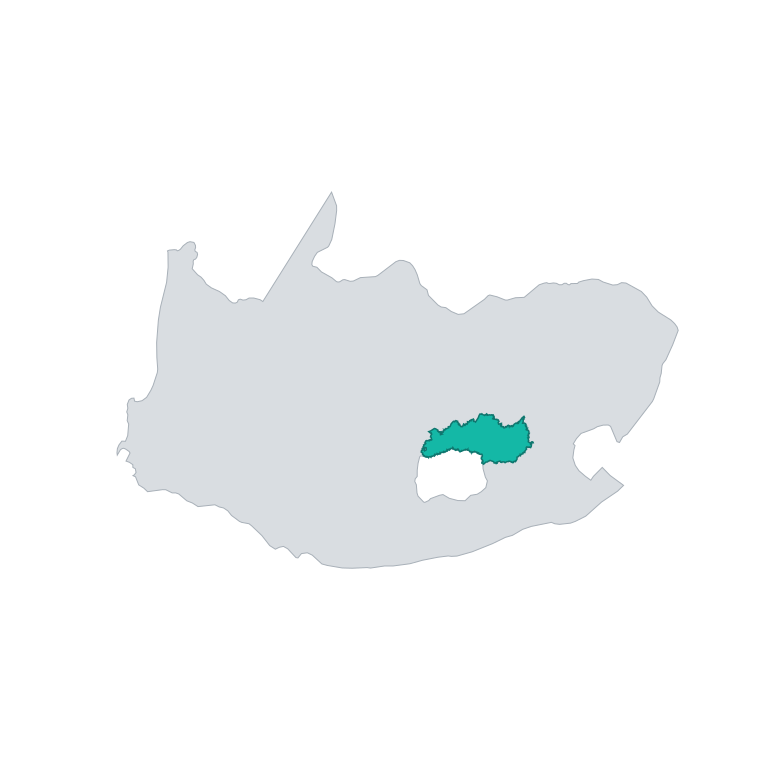 Thabo Mofutsanyane, Free State, South Africa (highlighted), rotated 36°
{"feature_id": "47623444B5552574832417", "entity_name": "Thabo Mofutsanyane", "entity_type": "district", "adm_level": 2, "iso_a3": "ZAF", "parent_name": "South Africa", "parent_adm1": "Free State", "projection": "orthographic", "projection_center": [28.545, -28.29], "detail": "fine", "context": "in_parent", "style": "filled", "palette": "teal", "viewbox_px": 768, "rotation_deg": 36, "n_neighbors": 0, "source": "geoboundaries", "source_scale": "gbopen_adm2", "svg_char_len": 9797}
<svg xmlns="http://www.w3.org/2000/svg" viewBox="0 0 768 768"><g transform="rotate(36 384 384)"><path d="M520.4,160.1L537.8,157.9L545.5,159.3L554.9,163.2L563.6,164.6L578.5,163.6L583.6,164.3L587.6,165.6L590.5,167.7L594.5,182.6L597.8,198.6L597.6,203.7L598.1,205.7L602.1,212.6L603.6,216.8L605.9,220.3L610.9,237.4L611.4,240.4L610.3,281.5L608.2,286.4L608.9,292.9L606.4,293.7L592.2,285.1L589.7,285.3L585.6,288.3L581.7,293.1L579.9,297.1L572.5,308.1L571.8,315.1L572.3,321.2L574.7,321.5L576.4,325.8L580.2,332.8L586.6,337.4L592.7,339.6L601.2,340.3L607.9,340.3L607.7,335.7L609.6,323.2L620.7,325.1L637.4,325.2L636.0,333.3L629.4,351.6L624.9,372.3L619.6,382.6L616.7,386.9L608.6,394.3L604.3,396.7L600.8,397.5L586.8,412.7L581.6,420.1L576.9,430.9L572.3,436.8L565.6,449.4L553.9,468.0L544.2,480.3L539.9,483.8L537.0,485.4L529.4,492.5L518.7,504.0L510.6,514.2L498.5,525.7L491.5,530.8L481.2,540.9L478.3,542.4L466.6,551.7L458.3,557.4L444.8,564.1L439.5,566.1L426.6,564.6L421.2,565.6L416.9,569.7L416.6,575.3L414.8,576.2L402.9,573.9L398.1,574.5L395.3,577.6L393.2,581.5L386.5,581.9L374.3,578.4L360.1,576.5L356.9,576.4L350.2,579.6L347.8,580.1L337.9,580.0L332.2,578.4L327.0,578.6L323.0,580.3L318.2,581.1L305.6,592.5L298.9,592.9L293.1,594.4L282.6,593.6L279.6,594.5L276.6,596.6L269.6,597.8L267.0,599.6L256.0,610.1L251.0,609.4L244.9,609.8L237.5,605.1L234.8,605.7L235.4,604.1L235.4,601.3L232.6,598.7L229.9,599.1L228.2,596.9L224.0,597.0L220.6,598.0L219.1,589.1L217.4,588.4L213.2,588.5L211.2,589.0L210.3,589.9L209.4,592.0L210.0,598.3L208.4,596.6L206.3,593.0L205.4,589.1L205.5,584.3L208.5,582.3L207.0,576.4L201.0,566.5L197.8,564.6L194.9,559.5L192.3,557.8L191.0,554.2L188.3,551.4L187.1,546.8L188.1,544.0L190.0,542.4L192.3,544.5L194.8,543.4L198.1,539.7L199.8,534.3L199.1,526.1L198.1,521.0L193.9,508.0L192.2,505.0L184.7,496.1L175.7,484.1L163.9,464.9L158.0,453.3L148.4,429.6L140.7,416.4L131.7,404.3L130.6,403.6L131.6,401.9L135.5,398.5L137.3,397.5L138.4,397.8L139.3,396.8L140.1,394.7L140.3,390.1L141.8,385.1L143.4,382.9L147.0,381.2L150.0,382.7L151.4,384.4L152.1,386.7L153.4,387.7L155.4,387.4L157.0,388.7L158.1,391.5L158.1,393.7L157.1,395.1L157.4,396.8L159.1,398.9L161.1,403.5L168.9,405.2L173.3,405.1L177.4,406.0L181.5,407.7L187.8,407.7L196.5,405.9L203.8,405.8L209.6,407.4L213.8,407.4L216.2,405.9L217.2,404.0L216.7,401.5L217.8,399.9L220.6,399.0L222.8,397.0L224.3,393.8L228.1,391.0L234.3,388.6L237.5,388.5L228.8,259.6L240.9,267.7L243.8,271.6L250.2,283.3L256.8,297.8L258.2,304.9L258.0,306.5L252.7,316.7L252.8,321.5L253.9,327.1L255.4,329.8L257.1,330.6L261.1,329.0L267.5,330.1L279.4,328.7L285.4,329.1L286.9,328.5L288.1,327.3L289.5,323.8L290.9,322.6L296.3,320.8L298.7,318.7L302.4,311.8L313.9,302.2L315.1,300.0L321.7,278.1L323.8,274.9L327.1,272.7L333.6,270.8L337.6,271.5L341.8,273.2L346.7,276.1L354.0,281.7L356.4,282.5L363.4,282.5L367.9,286.2L381.2,288.4L385.0,288.1L389.1,285.9L395.8,285.8L403.1,284.1L407.4,280.2L415.5,256.5L416.3,251.3L417.3,249.8L424.2,247.0L432.7,244.8L434.4,243.7L439.6,237.0L446.5,231.5L451.2,212.6L454.3,208.2L456.2,206.3L457.5,206.2L459.3,205.0L461.6,202.7L464.3,201.2L467.5,200.7L469.6,199.1L470.6,196.6L472.2,195.4L474.6,195.4L475.9,194.6L476.2,192.9L481.5,188.9L481.6,187.2L484.6,183.2L490.5,176.9L496.0,173.4L501.3,172.7L510.9,169.5L514.4,166.5L516.6,162.4L520.4,160.1ZM504.0,438.1L512.2,434.9L518.2,430.8L519.6,423.1L524.2,418.4L526.0,414.0L527.3,408.0L524.6,401.6L520.8,399.8L513.9,394.3L510.9,390.5L506.8,387.4L503.8,383.7L499.1,384.9L491.7,387.9L487.1,390.7L483.3,394.0L476.4,396.4L470.1,406.8L468.0,409.2L463.1,416.9L455.8,420.7L455.7,422.0L458.2,428.2L461.6,434.3L465.2,439.3L465.0,442.4L466.2,444.8L469.4,446.5L474.7,452.7L477.4,454.7L485.4,456.2L486.6,455.8L488.7,452.0L489.0,449.4L494.4,441.3L496.7,438.8L504.0,438.1Z" fill="#d9dde1" stroke="#a8b0b8" stroke-width="1"/><path d="M539.2,343.8L538.8,343.5L538.1,343.5L537.4,344.1L537.3,344.9L537.6,345.2L537.4,345.6L534.8,346.0L534.4,345.6L534.3,344.7L533.6,344.4L533.0,343.4L532.6,343.3L532.7,343.1L532.8,342.7L532.8,342.2L532.5,342.2L532.3,341.8L532.0,342.0L532.1,341.6L531.5,341.5L531.3,340.8L530.6,340.8L530.8,340.3L530.7,339.7L530.6,339.9L530.2,339.6L530.0,338.3L528.9,337.1L528.2,337.0L528.1,336.7L527.8,336.7L527.7,336.7L527.8,336.9L527.7,336.9L526.3,336.9L526.2,337.4L525.9,337.4L525.7,337.0L526.1,336.4L525.9,336.2L526.0,335.4L525.2,335.7L524.5,334.8L524.4,335.1L524.1,334.9L524.1,335.0L524.0,334.8L523.7,334.5L523.6,335.0L523.3,334.9L522.9,334.6L522.6,333.2L521.6,332.9L521.1,333.3L520.6,333.1L519.2,334.2L518.8,332.7L518.3,332.2L517.8,331.1L517.3,331.0L517.9,330.3L517.3,329.3L517.4,328.5L516.9,328.2L516.6,329.1L516.1,328.4L515.5,330.9L515.7,331.9L515.5,333.2L515.7,334.4L514.9,335.3L515.0,335.7L515.4,335.7L515.0,336.4L515.8,336.8L515.6,337.3L514.5,337.1L514.5,337.9L513.6,338.2L512.9,340.2L513.3,342.2L513.1,342.8L512.1,342.4L511.8,343.7L511.4,343.4L511.3,343.8L510.2,344.0L510.4,344.9L509.8,344.4L508.8,344.3L508.4,345.1L508.5,346.8L507.6,346.8L507.3,347.2L507.6,347.9L507.3,349.0L507.5,349.1L505.4,348.8L505.4,348.5L503.8,349.6L503.1,349.2L503.7,348.8L503.0,347.8L502.8,348.2L502.3,347.9L502.0,347.0L501.5,347.6L501.5,348.4L500.7,348.5L500.3,349.1L498.9,347.9L499.1,346.8L497.6,345.9L496.8,346.5L496.0,346.2L495.7,346.7L493.9,347.6L493.5,347.1L493.2,348.0L492.4,348.2L492.2,345.6L491.4,345.3L491.4,345.6L491.1,345.3L490.9,345.6L490.4,345.5L490.2,345.0L489.5,345.6L489.2,345.6L488.6,346.4L487.6,346.8L486.3,348.3L486.1,347.9L484.6,347.9L484.8,348.6L484.5,348.5L483.8,349.6L484.1,350.0L484.0,350.3L481.8,350.7L480.7,350.6L480.7,351.2L479.3,351.8L479.4,353.5L480.1,355.9L480.4,361.0L478.9,361.0L478.5,361.5L477.8,360.9L477.7,360.2L477.1,360.3L476.9,360.0L476.7,360.4L476.2,360.8L475.9,361.9L475.6,361.8L475.2,362.7L475.7,362.8L474.9,363.4L475.2,364.7L473.7,365.4L474.8,366.7L474.9,367.7L473.7,367.8L473.9,369.9L473.5,370.1L472.9,369.4L471.9,369.5L472.6,372.2L472.2,372.7L471.9,372.5L471.1,373.3L469.8,372.8L469.3,373.0L469.0,372.1L468.4,372.1L468.4,372.9L468.0,373.0L467.3,371.8L465.6,371.8L465.5,370.9L463.6,371.4L463.4,372.9L462.9,372.7L462.1,373.4L461.7,376.7L462.5,379.5L461.2,380.7L462.0,381.4L460.8,383.6L460.2,383.7L460.1,384.5L460.4,384.5L460.2,385.1L459.6,385.4L460.2,385.5L459.5,386.9L459.9,387.2L459.6,388.0L460.1,388.3L459.8,389.3L458.9,390.2L459.6,390.9L460.3,390.7L459.5,391.8L458.6,390.9L458.4,390.2L458.5,389.2L458.3,389.0L457.0,390.5L456.8,390.1L456.1,390.5L455.6,390.3L455.1,390.6L454.6,390.1L454.6,389.7L452.1,389.9L450.9,390.4L449.2,394.8L448.2,396.2L450.5,396.4L451.1,395.8L452.1,396.6L452.0,397.5L452.7,399.5L453.7,399.5L454.7,400.7L455.2,400.7L455.4,401.2L455.1,401.7L454.5,401.6L453.8,402.4L454.3,402.6L454.2,403.2L453.1,403.6L452.7,404.2L451.7,404.7L451.3,405.3L451.6,405.8L451.4,406.5L451.9,407.1L451.7,407.7L452.8,407.8L452.2,409.8L451.9,410.0L452.7,410.9L452.6,412.1L453.0,412.2L453.3,411.9L454.7,412.1L454.7,411.2L455.6,410.8L456.9,412.4L456.1,414.2L454.3,412.6L452.9,413.8L453.7,414.7L454.1,414.8L453.4,415.7L454.0,417.0L454.3,416.9L454.5,417.3L455.9,417.1L456.6,418.3L457.5,418.1L457.8,418.3L458.0,418.9L458.4,418.9L458.9,418.3L459.9,418.7L460.4,418.6L460.4,418.2L461.0,417.7L461.1,418.1L461.6,418.1L461.9,417.9L461.9,417.4L462.5,417.1L463.4,417.4L463.2,416.6L463.4,416.1L464.1,415.5L465.1,415.7L464.9,414.5L465.6,414.1L466.1,413.0L467.0,412.8L466.4,411.5L467.2,411.7L467.3,410.3L468.4,409.8L467.9,409.0L468.7,408.9L468.9,409.2L469.1,408.5L469.7,408.5L470.0,407.9L470.5,407.7L470.7,407.2L470.2,406.9L469.9,407.0L470.0,406.7L469.7,406.4L470.3,406.2L470.8,405.4L471.5,405.0L471.7,404.4L472.2,404.5L472.7,404.3L472.8,403.9L472.3,403.3L473.3,403.1L473.3,402.6L473.7,402.6L473.9,401.7L473.5,401.4L474.1,401.5L474.6,401.2L474.6,400.8L474.1,400.5L473.9,400.7L473.5,400.1L474.5,400.0L474.4,399.5L475.0,399.3L474.8,399.1L474.9,398.6L475.8,398.8L475.8,398.2L475.6,397.9L476.0,397.6L476.0,396.7L476.5,396.3L476.7,396.2L476.8,396.4L477.2,396.3L477.1,396.2L477.4,395.6L477.1,395.4L477.0,394.9L478.9,395.7L479.4,395.4L479.3,395.1L479.6,395.5L480.0,395.1L480.5,395.6L481.1,395.5L481.5,394.7L481.1,394.5L481.3,394.2L482.1,394.1L482.0,393.5L482.3,393.6L482.6,393.1L484.3,394.3L484.1,394.1L484.4,393.9L485.4,394.2L485.5,393.8L485.3,393.5L486.2,392.9L486.1,392.0L486.8,391.9L487.6,390.3L488.2,389.9L488.2,389.3L488.6,389.5L489.2,388.7L489.4,389.0L489.3,388.5L489.7,388.1L490.2,388.2L490.2,387.7L490.6,388.3L491.7,387.7L493.2,388.4L493.8,388.1L493.9,387.6L494.7,388.1L494.6,387.9L495.1,387.6L495.3,388.0L496.0,387.3L495.8,386.6L496.5,386.2L496.6,385.9L496.9,385.9L496.9,385.2L498.5,385.0L499.1,384.5L499.5,384.8L500.0,384.6L500.2,385.0L500.7,384.4L500.9,384.7L501.2,384.4L501.4,384.7L501.7,384.4L502.0,384.7L502.4,384.5L502.7,384.6L503.4,384.2L503.7,383.7L504.6,383.3L505.6,384.0L506.2,385.0L506.0,385.9L506.3,386.2L506.3,386.8L506.9,387.4L507.8,387.3L509.4,388.2L509.6,388.6L509.2,389.4L509.5,390.4L509.7,390.5L510.1,390.1L511.0,389.8L511.5,390.4L512.0,389.4L512.2,387.5L513.6,386.1L513.7,385.1L514.3,384.5L514.2,384.3L514.6,383.5L518.4,382.4L519.6,383.2L520.7,381.9L520.9,382.4L521.5,382.5L522.1,381.5L521.3,380.7L523.1,378.2L524.4,378.7L525.4,378.2L525.3,377.6L527.0,376.4L528.2,376.5L529.0,374.6L530.3,373.6L530.4,372.9L532.5,372.1L532.7,372.4L534.6,371.9L534.8,371.3L534.3,370.9L534.9,369.9L536.0,369.6L536.0,368.4L535.7,368.3L535.9,367.8L535.8,366.6L534.6,365.0L535.3,363.9L535.2,363.2L535.7,362.2L536.6,361.9L536.4,361.4L535.9,361.2L536.1,360.9L535.8,360.7L536.3,360.5L536.9,359.7L536.7,359.5L536.8,358.4L537.3,358.4L537.0,357.7L537.2,357.2L538.2,356.7L538.0,356.3L537.6,356.2L537.8,355.9L537.4,355.2L537.6,352.8L537.1,352.7L536.4,351.8L536.4,351.1L536.6,350.7L537.2,350.8L537.9,350.4L538.4,349.6L538.8,349.8L539.5,349.2L540.0,349.2L539.8,347.9L539.2,346.8L538.5,346.5L538.1,346.7L537.6,346.3L537.7,345.8L538.4,345.4L537.5,344.8L537.6,344.5L537.9,344.6L539.2,343.8Z" fill="#14b8a6" stroke="#0f766e" stroke-width="1.5"/></g></svg>